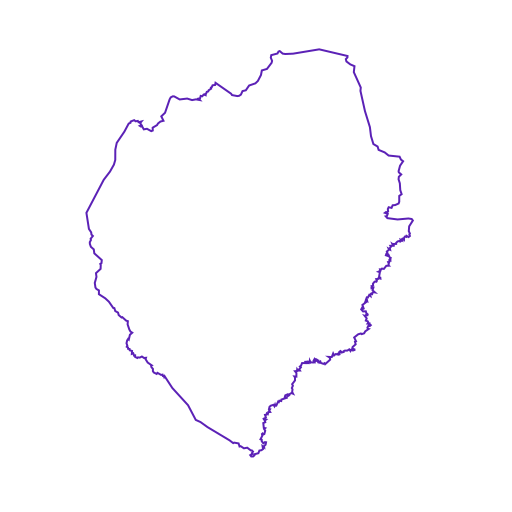 the district of Pha Khao, Loei, Thailand, rotated 78°
{"feature_id": "78962969B60178316826194", "entity_name": "Pha Khao", "entity_type": "district", "adm_level": 2, "iso_a3": "THA", "parent_name": "Thailand", "parent_adm1": "Loei", "projection": "orthographic", "projection_center": [102.064, 17.053], "detail": "fine", "context": "isolated", "style": "outline", "palette": "violet", "viewbox_px": 512, "rotation_deg": 78, "n_neighbors": 0, "source": "geoboundaries", "source_scale": "gbopen_adm2", "svg_char_len": 6077}
<svg xmlns="http://www.w3.org/2000/svg" viewBox="0 0 512 512"><g transform="rotate(78 256 256)"><path d="M188.7,94.9L185.3,105.4L181.4,108.6L177.7,114.0L174.2,114.3L170.9,117.9L162.7,118.6L153.6,117.8L136.9,119.3L116.2,119.5L113.0,118.5L96.5,122.1L90.8,120.2L88.2,123.9L84.5,127.1L82.1,127.2L80.8,125.3L79.4,124.9L67.0,151.2L65.8,177.7L64.5,185.4L63.6,187.8L60.5,190.2L60.7,191.5L62.4,192.9L62.7,199.3L65.1,200.3L68.5,199.7L70.3,200.6L75.3,206.4L75.7,211.7L80.0,213.5L85.2,217.8L87.0,220.7L87.8,227.3L91.8,231.5L91.9,234.9L95.0,237.2L95.8,239.2L95.7,241.0L93.6,246.0L92.1,246.6L78.2,259.6L80.2,260.4L80.0,263.0L81.7,264.2L81.9,265.1L83.0,265.1L84.0,267.8L85.1,268.5L85.2,270.0L86.9,271.1L86.9,271.8L88.2,271.9L87.2,273.7L88.6,275.3L87.9,276.8L90.1,277.9L90.1,279.5L91.8,278.5L90.3,282.2L90.2,286.1L87.7,290.6L87.0,298.1L82.9,302.8L82.5,304.1L83.1,306.4L84.8,307.9L97.0,315.2L99.7,319.6L104.5,318.4L104.6,321.5L106.0,324.3L107.4,325.6L109.0,330.4L111.8,330.9L112.1,332.5L108.9,336.2L108.8,339.4L105.4,340.5L105.5,341.6L104.6,342.5L104.3,340.7L101.9,341.7L100.6,340.1L100.7,343.1L99.3,343.5L99.2,345.8L97.8,346.9L98.4,350.6L99.6,351.1L100.0,353.0L107.0,358.9L116.4,368.7L122.7,371.5L132.8,373.7L137.1,376.0L143.1,381.3L149.8,389.1L178.5,412.9L194.8,413.8L198.6,412.3L200.8,412.5L202.5,411.4L204.8,414.2L206.0,414.1L207.9,415.7L209.7,416.0L212.7,415.6L215.8,413.3L219.8,413.6L227.9,407.7L230.8,408.6L231.4,410.0L232.4,409.7L236.3,410.7L239.5,416.1L243.3,416.4L248.8,419.3L253.5,419.6L255.1,418.9L257.0,416.8L260.7,417.6L266.0,412.3L270.1,409.4L277.2,406.4L277.5,405.4L280.6,405.1L282.7,402.7L285.2,402.6L288.2,400.3L288.0,399.5L292.3,396.4L293.1,394.9L296.2,395.8L301.5,395.2L303.8,394.5L305.3,393.0L306.8,395.7L311.3,397.8L310.5,398.3L311.8,399.6L314.4,400.8L316.9,400.5L317.9,401.3L318.9,400.2L320.2,400.4L320.7,399.0L322.0,399.1L323.1,397.0L325.9,397.8L325.6,396.3L328.1,396.0L328.1,394.9L329.6,395.2L331.1,393.3L330.6,392.6L331.2,390.8L330.6,388.5L332.5,386.7L332.7,384.8L333.9,385.5L337.7,384.1L341.2,380.8L341.3,381.4L343.0,381.4L345.0,380.3L347.2,380.8L348.7,380.2L350.7,377.7L349.8,376.7L352.6,373.5L352.6,372.1L354.0,372.0L354.1,371.2L355.2,371.0L354.5,370.4L367.7,365.3L387.8,353.5L403.8,349.0L406.9,344.8L413.2,339.1L430.8,320.2L434.3,317.2L434.0,316.2L435.7,312.0L438.9,311.7L438.8,310.6L441.6,307.8L441.7,304.4L445.1,301.5L445.3,300.5L446.7,299.6L448.0,301.0L448.9,300.6L449.6,303.0L451.1,302.3L451.5,300.5L450.6,298.9L449.6,298.9L449.4,294.7L447.0,293.1L447.1,291.1L446.3,289.2L443.4,289.1L444.9,287.8L443.6,287.7L442.6,285.9L440.3,284.9L439.9,286.0L440.7,287.8L438.4,288.9L436.9,288.6L436.2,289.7L433.1,287.2L431.4,287.2L431.0,286.5L432.1,286.1L431.9,284.9L428.8,283.3L427.0,284.0L426.3,282.8L425.6,284.1L420.9,283.6L420.5,281.5L418.8,281.6L418.2,280.4L417.6,282.2L416.8,282.4L416.1,279.9L413.3,280.2L413.4,278.8L412.2,278.1L413.1,277.3L411.2,276.4L411.5,274.6L409.7,275.2L408.8,274.2L408.4,275.1L406.3,274.1L405.5,272.7L405.2,269.8L406.8,269.2L405.4,268.3L406.4,268.2L406.6,267.3L403.0,264.6L403.6,264.0L402.4,263.2L403.1,261.5L401.7,261.0L401.1,255.5L400.4,255.7L399.9,257.1L398.4,256.3L397.9,253.9L399.6,253.8L399.1,252.5L398.4,252.7L397.4,249.8L398.4,248.4L396.5,248.9L394.0,248.0L392.6,248.4L390.6,246.9L388.9,247.3L385.8,243.7L382.8,243.1L381.8,243.5L382.4,241.6L378.8,240.8L376.8,241.8L377.0,239.8L375.5,239.3L376.8,238.8L377.2,236.8L375.7,237.3L374.3,235.3L373.2,236.0L372.7,234.8L370.3,233.2L371.2,229.2L369.8,229.6L370.0,228.0L371.2,228.2L371.7,226.8L370.5,226.5L371.3,225.5L369.8,225.1L371.4,224.7L372.2,221.0L370.3,221.4L368.9,220.1L370.0,219.7L369.4,218.8L369.9,218.2L371.3,219.6L370.8,217.8L372.3,217.4L371.7,216.6L373.4,216.3L372.7,215.0L374.0,214.9L375.5,212.5L375.1,211.3L376.2,210.9L372.8,205.0L370.8,204.9L369.8,205.9L370.6,202.9L367.4,200.8L369.5,200.3L368.5,198.5L369.7,195.7L369.6,195.1L368.6,195.7L368.6,195.0L367.8,194.8L368.0,193.7L367.0,194.1L366.5,193.2L368.2,191.9L368.1,190.2L367.4,190.1L367.0,189.0L367.5,186.3L366.7,184.2L368.5,183.4L367.6,182.8L368.6,180.9L368.4,179.2L367.8,179.1L366.5,181.1L365.1,180.4L363.1,176.9L360.4,177.0L360.2,175.9L356.1,176.9L353.8,172.3L353.6,169.5L354.4,168.9L354.1,166.3L352.4,164.8L350.8,161.0L350.4,161.8L349.2,161.9L348.0,160.9L348.1,159.1L347.5,158.1L346.6,158.7L347.1,160.2L346.4,159.8L346.0,160.6L346.1,159.3L345.5,159.1L345.2,160.8L344.4,160.0L343.2,160.2L342.0,162.0L340.0,160.7L337.1,162.1L337.6,161.2L336.7,160.8L337.1,159.3L336.3,158.9L334.8,160.0L332.9,160.1L332.5,162.8L330.1,164.2L328.7,163.0L330.1,162.5L329.8,161.6L326.0,162.1L323.8,157.4L323.2,157.5L323.2,158.4L322.2,157.7L323.2,156.6L321.8,156.6L321.4,157.4L319.5,156.2L319.9,155.2L317.7,153.4L319.0,152.3L317.3,152.2L316.8,151.4L317.4,150.3L315.5,149.6L316.4,149.6L315.7,148.8L316.3,147.3L313.8,149.1L311.6,147.9L311.6,149.7L310.9,149.6L310.4,148.0L310.4,149.1L309.5,149.2L309.4,147.6L307.5,147.4L306.3,146.1L305.7,144.9L306.2,143.6L305.4,142.9L303.6,143.2L303.8,141.3L303.1,140.8L304.0,139.0L303.0,138.9L302.3,140.1L297.6,138.2L296.8,139.5L296.3,137.4L294.8,137.5L295.1,136.1L294.5,135.4L295.2,133.6L292.7,130.6L293.1,128.1L292.5,128.5L291.3,127.7L289.5,128.0L289.7,127.0L287.9,126.4L288.5,125.5L287.2,125.2L287.0,125.8L285.9,124.7L285.2,125.5L282.5,126.1L282.5,127.0L283.2,127.3L282.3,128.8L280.8,127.9L280.6,126.8L278.8,127.1L277.5,124.5L276.5,124.7L277.6,123.5L276.1,123.5L275.0,122.1L274.0,122.4L274.5,119.8L272.6,120.1L273.9,118.9L272.9,118.6L273.3,116.4L272.3,116.2L271.2,114.5L271.1,112.4L271.9,112.0L271.5,111.0L270.2,111.1L271.1,110.0L270.1,110.1L269.5,109.2L271.0,107.9L268.8,107.3L267.9,106.1L268.5,105.1L267.6,104.6L269.2,102.9L268.4,101.3L266.7,101.5L266.0,100.8L263.5,101.4L258.8,100.0L253.9,95.2L252.2,96.0L251.0,99.1L249.7,109.9L246.3,119.6L244.2,120.8L244.2,119.7L242.2,118.4L240.6,120.9L240.0,119.6L240.7,118.8L239.9,117.5L237.5,117.3L235.9,116.1L237.1,113.4L234.8,111.8L235.1,109.3L234.3,105.6L232.7,104.6L227.0,103.4L225.8,100.7L221.6,101.2L214.8,100.2L210.6,100.6L208.2,99.8L206.4,97.0L203.9,98.9L202.7,98.9L197.6,96.3L193.9,92.4L191.8,94.2L188.7,94.9Z" fill="none" stroke="#5b21b6" stroke-width="2"/></g></svg>